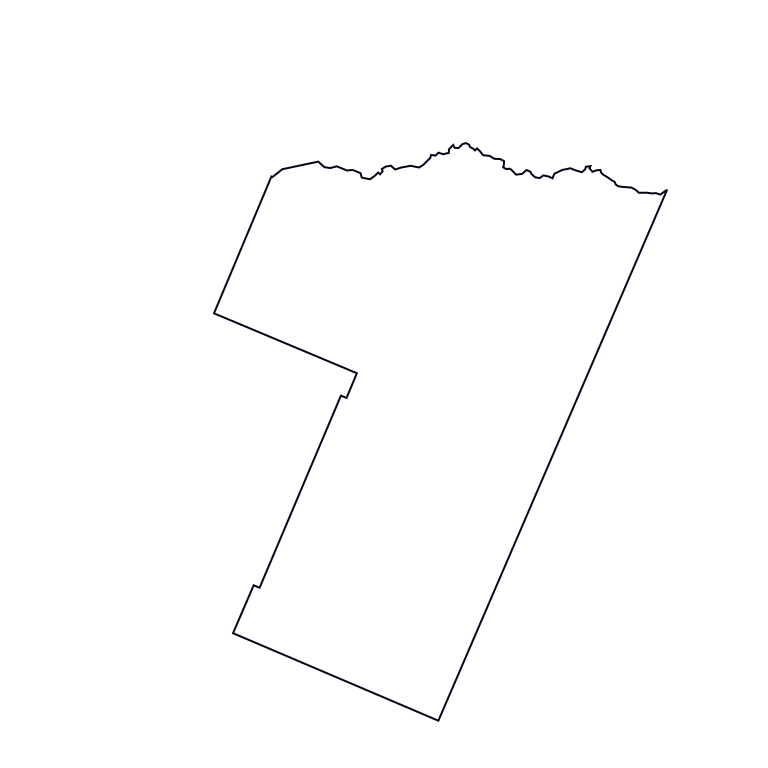 the district of Ziebach, South Dakota, United States of America, rotated 203°
{"feature_id": "52423323B99291223810848", "entity_name": "Ziebach", "entity_type": "district", "adm_level": 2, "iso_a3": "USA", "parent_name": "United States of America", "parent_adm1": "South Dakota", "projection": "orthographic", "projection_center": [-101.612, 44.992], "detail": "fine", "context": "isolated", "style": "outline", "palette": "ink", "viewbox_px": 768, "rotation_deg": 203, "n_neighbors": 0, "source": "geoboundaries", "source_scale": "gbopen_adm2", "svg_char_len": 1388}
<svg xmlns="http://www.w3.org/2000/svg" viewBox="0 0 768 768"><g transform="rotate(203 384 384)"><path d="M201.0,356.2L199.3,672.7L199.9,672.6L203.7,666.3L208.2,666.0L211.9,664.1L217.0,662.7L224.1,659.6L228.0,661.0L232.9,661.5L237.1,660.1L242.1,658.4L245.7,657.6L248.7,658.2L250.7,660.2L254.0,660.5L258.8,661.6L264.2,662.4L266.8,663.5L268.4,665.6L271.8,663.8L275.1,660.8L279.2,662.9L279.1,665.2L283.0,662.9L282.7,660.3L284.7,656.2L291.9,655.5L296.7,655.4L303.5,650.7L309.3,644.2L309.3,639.2L313.6,639.3L318.8,638.3L321.2,634.4L325.6,633.3L330.2,634.9L332.3,636.6L336.4,636.7L339.0,631.3L344.3,628.3L348.4,630.2L352.2,631.4L355.2,629.6L358.9,630.0L359.3,632.6L360.6,636.1L364.8,636.5L370.5,634.4L375.9,635.3L382.1,633.3L387.1,636.0L390.4,637.2L391.5,634.6L393.8,635.5L397.1,635.7L399.3,637.6L402.6,637.8L405.5,635.5L407.6,630.3L411.2,629.0L413.7,631.1L415.9,625.4L414.6,622.1L419.2,618.7L424.3,618.2L425.8,614.4L430.2,613.2L429.7,610.3L433.4,601.2L436.3,597.0L444.7,595.3L452.6,590.1L457.6,585.8L462.9,587.6L467.3,584.9L470.0,581.0L468.4,579.4L469.5,575.5L472.0,576.3L473.9,571.9L476.9,567.0L485.1,565.3L488.0,568.9L496.6,568.8L501.4,566.1L512.6,565.9L517.8,561.8L523.6,560.3L531.4,563.0L561.5,542.0L567.5,531.0L568.7,531.0L568.1,382.6L413.2,383.3L413.0,356.5L419.1,356.5L418.9,147.8L425.3,147.8L425.6,95.6L202.4,95.3L201.0,356.2Z" fill="none" stroke="#020617" stroke-width="2"/></g></svg>